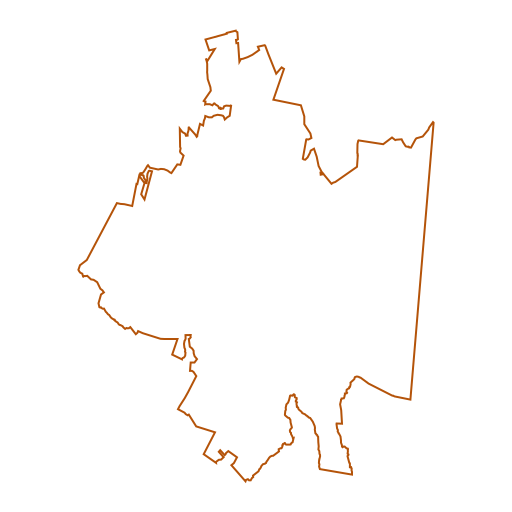 the district of San Juan del Río, Querétaro, Mexico
{"feature_id": "50627088B99493350429125", "entity_name": "San Juan del Río", "entity_type": "district", "adm_level": 2, "iso_a3": "MEX", "parent_name": "Mexico", "parent_adm1": "Querétaro", "projection": "equal_earth", "projection_center": [-100.015, 20.377], "detail": "fine", "context": "isolated", "style": "outline", "palette": "amber", "viewbox_px": 512, "rotation_deg": 0, "n_neighbors": 0, "source": "geoboundaries", "source_scale": "gbopen_adm2", "svg_char_len": 6074}
<svg xmlns="http://www.w3.org/2000/svg" viewBox="0 0 512 512"><path d="M348.0,449.0L347.8,448.6L346.6,448.4L344.6,446.5L343.6,446.5L342.6,447.2L342.0,446.6L341.9,445.1L341.0,442.7L341.0,440.6L340.5,436.5L339.2,434.0L338.6,433.5L338.6,432.9L337.7,431.6L337.9,430.1L337.1,428.5L336.5,424.0L336.6,423.5L342.0,423.7L341.2,410.2L340.1,404.3L341.0,400.4L341.0,399.6L341.5,399.2L341.6,398.5L343.8,398.3L344.5,396.7L344.5,395.7L344.9,394.8L344.9,393.5L346.7,393.3L347.1,392.8L346.4,391.7L346.7,389.7L348.6,388.4L349.1,388.3L349.2,387.2L350.0,386.9L350.6,384.3L350.5,382.6L353.9,379.5L354.4,378.9L354.7,377.5L355.1,377.0L356.9,376.5L358.9,376.9L359.4,377.4L360.5,377.6L368.6,383.6L392.4,395.7L393.0,395.6L394.5,396.4L410.4,399.6L433.6,122.7L433.0,122.1L429.2,127.4L428.3,129.7L422.7,136.5L416.4,138.3L415.4,139.5L411.0,147.6L409.2,147.4L409.1,147.0L408.4,146.6L407.6,146.8L405.7,146.3L403.1,142.3L401.6,139.3L396.5,139.7L395.3,140.1L392.0,137.5L383.2,144.2L358.5,140.4L358.2,140.8L357.5,144.0L357.3,153.1L357.6,153.4L357.8,155.3L357.6,155.3L357.7,157.0L357.0,166.8L335.3,182.0L333.1,182.7L331.5,183.8L323.1,173.6L322.6,174.3L320.7,174.7L320.5,172.7L322.4,172.7L321.6,171.8L318.6,166.0L316.7,156.7L314.0,148.7L310.7,150.6L310.1,152.6L307.6,157.4L305.3,159.7L303.9,159.5L302.8,158.8L306.2,139.6L306.4,139.3L308.5,139.5L311.4,138.0L310.4,133.5L304.3,124.2L304.3,116.4L300.9,105.3L273.4,99.7L284.0,68.9L281.6,67.4L276.2,73.7L268.3,54.0L265.3,45.9L264.7,45.2L257.9,46.7L259.2,50.0L252.4,54.8L247.7,57.1L242.9,58.8L240.9,59.1L239.4,61.8L238.1,43.0L236.4,43.2L236.0,39.9L237.3,39.7L237.9,39.3L237.4,32.2L235.6,31.0L235.6,30.7L226.7,32.9L226.8,33.7L205.5,39.5L209.2,50.4L214.8,49.0L207.5,60.8L205.8,58.5L206.7,61.2L207.2,63.8L207.2,70.8L207.1,72.1L207.4,74.6L207.7,79.1L210.4,87.2L210.8,90.7L203.7,101.0L204.4,101.4L205.5,101.6L205.2,104.4L205.6,104.2L209.8,104.2L212.4,105.3L213.9,103.5L214.5,103.4L215.5,104.5L218.0,106.0L218.8,107.4L218.9,108.1L219.1,108.3L219.4,108.2L219.5,107.8L219.8,107.8L219.8,108.2L220.4,109.0L220.7,109.0L220.8,108.0L222.0,108.6L223.2,108.5L224.1,106.3L226.2,105.6L230.5,105.9L231.2,104.9L229.7,115.8L227.1,117.4L224.8,119.5L223.9,117.0L223.0,115.8L221.3,115.3L217.5,114.8L213.7,115.8L211.9,117.3L208.8,117.3L205.3,116.0L204.9,118.4L203.9,120.7L203.1,125.5L200.0,123.9L197.3,135.0L197.3,136.1L196.7,136.8L195.3,134.6L188.9,127.4L188.7,127.5L188.5,130.5L187.5,133.7L187.6,135.6L186.0,135.8L185.1,133.6L182.4,132.1L179.8,128.7L180.1,147.0L180.6,148.3L180.0,151.3L180.4,152.6L183.6,155.6L180.4,164.8L177.3,164.4L171.4,173.1L170.0,172.4L167.6,170.6L164.1,169.2L160.9,168.9L158.2,169.5L149.9,167.7L148.0,165.2L147.4,165.8L145.3,169.4L143.3,172.4L142.5,173.0L140.3,173.2L139.6,174.8L142.0,174.9L142.6,175.3L143.3,175.3L143.6,175.7L143.9,177.9L145.4,180.0L145.7,183.0L146.5,183.1L147.4,178.4L147.1,176.8L147.5,173.7L148.8,171.0L149.4,170.7L152.0,171.3L144.5,199.5L141.2,194.3L144.5,183.1L139.2,175.8L137.3,184.1L136.5,183.9L132.2,206.0L124.4,204.2L120.5,203.9L116.9,203.1L86.8,260.0L80.0,265.2L78.4,269.8L79.2,271.3L80.3,272.7L82.3,273.7L83.1,276.6L83.3,276.7L84.1,276.0L85.9,276.1L87.2,275.8L91.0,279.4L93.6,279.8L97.2,282.2L100.4,288.8L102.4,290.3L103.9,292.4L101.0,294.5L98.5,303.3L99.4,307.2L100.1,307.5L100.9,307.3L101.4,308.0L102.8,308.7L104.0,308.6L105.8,311.8L106.6,312.5L108.0,314.3L109.2,315.0L110.8,317.4L112.5,318.8L114.0,319.4L114.1,319.9L114.8,320.5L115.0,320.3L115.5,321.2L117.6,322.5L118.7,324.2L119.5,324.9L120.3,325.0L122.6,326.2L123.3,327.3L125.1,328.9L126.5,328.0L127.4,328.3L128.9,328.2L130.3,327.1L135.8,334.2L137.4,332.8L138.1,331.1L142.8,333.2L160.5,338.8L164.3,339.0L177.5,339.0L172.2,354.6L181.9,359.3L181.9,359.1L182.6,358.1L184.1,357.4L185.2,355.7L185.5,352.6L185.0,351.8L185.2,350.7L185.1,349.2L184.4,347.7L184.0,343.9L184.5,340.9L184.8,340.6L185.6,338.8L185.5,335.1L190.7,335.0L190.5,336.9L190.7,337.3L189.8,338.5L188.8,339.0L189.8,346.7L192.2,348.6L193.6,350.7L193.7,353.3L194.6,356.2L197.0,359.1L194.5,362.5L190.7,362.5L190.0,370.9L192.0,370.9L193.5,371.9L196.3,376.1L188.1,392.1L184.7,398.2L179.6,406.1L178.0,409.2L184.6,412.7L185.7,414.1L187.7,415.3L188.8,414.6L196.2,426.4L215.0,432.3L203.7,454.2L216.0,462.8L215.9,462.0L218.8,459.8L221.1,459.6L223.6,457.2L218.8,451.8L220.2,450.2L224.7,455.1L225.6,454.2L226.0,453.1L228.3,451.1L237.0,457.3L233.9,463.1L231.4,465.2L245.5,481.3L246.0,479.9L247.9,479.2L249.0,480.3L250.7,480.3L251.9,478.1L253.2,477.1L253.0,475.6L258.5,471.3L259.3,469.2L259.8,469.0L260.7,467.7L261.4,466.0L263.0,464.2L265.0,463.7L265.4,463.2L266.0,463.0L266.5,461.6L267.4,460.5L269.2,457.7L270.4,456.5L272.0,455.8L273.1,455.8L279.0,451.4L278.7,450.1L278.7,449.2L280.7,448.2L281.4,448.3L281.7,448.0L282.4,446.5L282.3,445.2L282.9,444.9L283.1,443.9L283.7,443.8L284.7,443.0L285.0,443.1L285.5,444.2L286.1,444.6L290.0,444.6L290.7,444.4L290.9,443.7L291.7,442.8L292.6,442.3L293.5,438.4L293.0,438.7L292.5,436.8L291.0,434.0L291.0,432.9L290.1,432.0L289.9,430.8L289.9,430.3L290.4,429.3L291.6,428.0L291.9,427.4L290.6,422.6L290.4,419.9L289.2,418.0L287.9,417.7L285.5,415.7L285.0,415.1L284.9,414.7L285.3,410.9L285.8,410.0L285.9,409.4L285.7,407.8L286.4,404.4L288.1,402.6L289.1,399.9L290.1,395.7L290.7,395.4L292.3,395.7L293.7,394.3L294.2,394.4L294.8,395.1L294.6,396.3L295.0,397.3L296.7,398.1L296.6,399.6L295.9,400.4L295.8,400.9L295.8,401.6L297.0,402.3L296.5,403.5L296.6,405.0L297.0,405.9L296.8,406.7L297.0,407.1L297.9,407.3L298.2,407.7L298.3,408.7L298.9,409.6L301.5,411.8L302.3,413.1L305.0,414.3L306.3,415.5L307.0,415.8L307.5,416.5L308.2,416.7L308.7,417.5L310.2,418.0L312.8,421.7L314.7,426.1L315.0,428.0L314.8,429.5L315.4,433.3L316.2,434.0L316.3,434.5L317.2,435.1L317.4,435.9L318.1,436.7L318.3,442.2L318.7,446.3L318.4,449.5L319.3,451.1L319.5,453.9L320.0,454.7L320.1,456.2L319.6,458.4L319.2,459.2L319.4,459.8L319.1,460.4L318.9,463.0L319.4,464.2L319.1,466.6L319.9,469.1L352.0,474.6L352.0,471.9L351.5,470.1L351.7,468.8L351.1,467.2L350.2,467.5L349.9,467.3L349.9,463.7L349.8,463.2L349.3,462.9L347.5,456.1L348.5,454.8L348.3,454.2L347.6,453.7L347.6,453.2L347.9,451.8L347.8,450.6L348.0,449.0Z" fill="none" stroke="#b45309" stroke-width="2"/></svg>